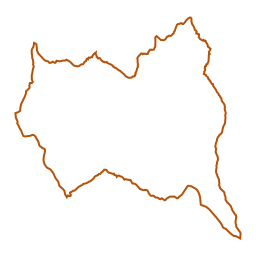 Olmedo, Loja, Ecuador (Equal Earth projection)
{"feature_id": "8360857B52842084274578", "entity_name": "Olmedo", "entity_type": "district", "adm_level": 2, "iso_a3": "ECU", "parent_name": "Ecuador", "parent_adm1": "Loja", "projection": "equal_earth", "projection_center": [-79.604, -3.94], "detail": "fine", "context": "isolated", "style": "outline", "palette": "amber", "viewbox_px": 256, "rotation_deg": 0, "n_neighbors": 0, "source": "geoboundaries", "source_scale": "gbopen_adm2", "svg_char_len": 5708}
<svg xmlns="http://www.w3.org/2000/svg" viewBox="0 0 256 256"><path d="M190.7,17.6L189.5,17.6L187.7,18.9L186.2,20.4L185.4,21.7L183.3,24.0L182.6,24.1L181.2,23.1L179.0,24.0L177.8,24.1L177.0,24.7L175.5,28.6L174.9,30.7L173.9,32.1L173.5,33.6L172.7,34.0L171.4,35.5L170.5,35.9L169.1,35.7L167.9,36.5L167.0,36.7L166.0,38.6L164.7,39.8L163.7,40.2L161.0,40.0L156.5,36.1L155.3,37.4L155.4,42.8L155.2,46.8L154.9,47.5L154.5,47.9L153.8,49.6L151.6,49.9L151.1,49.6L150.0,49.8L148.4,52.0L147.7,54.0L146.6,54.1L145.3,53.6L144.3,53.9L143.6,53.6L142.7,54.2L141.7,53.5L141.0,53.6L138.3,56.5L137.5,57.9L137.3,58.4L137.6,59.6L137.6,62.4L138.0,64.1L137.7,65.4L138.0,66.6L136.9,68.9L136.6,70.9L135.6,72.7L135.5,73.3L135.7,74.0L135.2,74.3L135.1,75.5L134.6,75.7L134.4,76.3L133.6,76.4L133.1,76.7L132.6,76.6L131.9,77.4L131.4,77.6L129.8,77.8L128.2,77.6L126.0,76.5L124.9,75.3L124.3,74.4L123.8,74.2L120.3,71.0L119.0,70.4L115.6,67.8L114.2,67.5L113.6,66.5L113.1,66.5L112.6,65.7L111.6,64.8L107.2,62.9L106.8,62.0L105.3,62.4L104.8,62.3L104.2,61.8L103.2,61.9L102.4,60.9L101.7,60.7L101.2,60.2L100.0,58.3L99.3,58.1L98.8,58.4L97.7,58.3L97.4,57.1L96.7,56.8L96.4,55.3L95.6,54.1L95.8,52.5L93.9,53.9L92.4,56.1L92.1,57.2L91.2,57.1L89.9,57.9L88.7,57.5L88.2,58.0L88.0,59.2L87.2,58.8L86.7,58.9L86.1,61.0L84.9,61.5L83.0,64.3L81.5,64.4L80.6,64.7L79.5,65.8L78.0,66.3L77.0,66.4L76.1,66.0L74.5,65.8L73.7,65.4L70.7,62.4L68.7,60.8L67.6,60.5L66.5,59.7L65.2,60.5L63.2,60.5L60.4,61.3L59.3,61.3L56.7,60.7L56.5,60.9L55.8,62.3L55.0,62.9L52.7,61.7L50.7,62.8L49.4,62.9L48.2,61.4L46.5,61.1L45.3,60.6L43.8,59.4L38.4,53.6L37.0,50.7L36.5,44.5L35.6,43.6L34.1,42.9L33.5,46.5L31.9,49.4L31.7,50.2L31.8,53.6L32.2,56.3L32.2,57.8L32.9,59.8L33.3,62.2L33.1,64.6L33.7,66.4L33.6,67.3L32.9,69.1L32.1,74.2L31.7,75.5L31.9,78.2L31.7,78.6L31.7,79.0L32.8,82.1L31.8,83.0L30.0,83.0L29.7,83.4L29.7,84.7L29.2,85.7L29.5,86.7L29.6,87.8L27.4,90.1L26.1,91.2L26.0,93.2L24.8,96.6L21.3,103.7L20.4,107.2L20.2,110.6L19.7,111.2L17.8,112.3L15.4,113.1L15.9,117.8L17.6,121.5L17.6,122.1L17.2,123.4L18.4,125.3L20.0,128.8L21.1,130.4L22.0,133.1L23.1,135.5L23.5,136.0L24.3,136.4L26.6,136.3L30.5,135.7L32.3,134.9L33.7,135.1L35.1,136.1L36.1,137.7L36.4,138.6L38.3,141.4L39.2,145.0L39.6,145.8L40.2,146.4L41.3,147.0L42.2,148.0L44.0,148.6L44.7,149.2L45.0,150.2L44.9,151.8L44.0,155.8L43.5,158.7L43.6,161.2L44.7,164.5L46.4,167.0L47.3,167.8L50.2,169.3L52.5,172.0L53.6,173.8L54.9,176.9L56.0,178.8L57.9,181.1L58.4,182.0L58.9,184.3L59.6,186.2L62.5,188.6L64.3,190.6L64.5,191.3L65.1,194.3L66.8,197.1L67.5,195.7L67.9,195.5L68.7,196.0L69.7,196.1L70.6,195.8L70.8,195.5L70.8,194.7L70.1,193.7L69.9,193.0L70.2,192.4L71.6,191.9L72.7,190.9L74.8,190.5L78.7,186.8L80.7,185.7L82.1,185.1L83.2,184.0L86.7,183.1L89.1,181.6L90.1,181.4L93.3,178.8L94.4,177.1L95.8,175.9L96.4,175.9L97.5,175.0L98.1,175.1L98.5,174.4L99.0,174.0L100.1,173.9L100.6,173.6L101.4,172.4L102.5,171.8L103.3,170.6L103.9,170.2L104.2,169.7L106.2,169.8L106.8,170.4L107.5,171.6L109.0,172.8L109.7,172.8L112.3,173.7L114.0,173.8L113.9,174.5L114.6,175.1L116.1,175.3L116.6,176.0L116.8,176.8L117.9,175.7L119.2,175.6L120.3,176.4L121.6,176.7L123.3,178.0L124.0,179.3L124.5,179.7L125.4,179.2L125.9,179.2L128.1,179.8L128.7,179.7L129.8,180.3L130.4,180.0L130.9,180.5L131.2,181.3L132.5,183.5L133.5,183.4L135.8,184.3L138.5,187.1L140.0,189.1L141.2,189.3L142.9,190.1L146.1,189.9L146.9,190.2L148.1,191.5L148.7,193.1L150.1,195.1L150.7,195.6L151.8,195.9L152.9,195.6L153.4,195.7L154.2,196.1L154.9,197.1L155.5,197.4L157.7,197.6L159.7,199.1L160.4,199.2L161.6,198.3L164.7,200.3L165.3,200.1L167.0,198.3L169.8,196.8L170.8,196.5L172.2,196.7L174.3,196.5L177.1,198.4L177.8,198.1L178.9,197.0L181.9,194.7L187.3,186.5L187.9,185.9L188.7,185.7L191.7,186.5L196.1,189.0L197.0,189.8L198.7,192.8L199.7,195.8L200.2,198.2L200.7,204.3L200.9,204.8L206.0,206.8L208.9,208.9L216.2,217.3L220.5,222.7L221.5,224.2L223.0,227.3L223.5,227.8L225.8,228.9L229.8,232.8L233.0,235.4L234.2,236.0L235.8,236.1L240.2,238.4L240.6,234.0L240.3,232.5L236.5,227.2L236.2,226.4L236.3,225.3L235.7,223.9L235.5,221.2L236.2,217.9L236.0,215.2L235.4,214.8L234.1,213.0L232.2,210.0L231.8,208.5L230.5,205.6L227.8,202.8L227.2,202.6L226.6,201.3L225.7,200.2L225.5,199.4L225.6,197.3L224.7,194.9L224.4,192.6L223.9,191.9L220.7,188.9L220.2,188.2L219.1,185.2L219.4,183.4L219.1,181.8L219.0,179.5L217.4,176.1L217.1,174.6L216.7,174.1L216.1,172.2L216.1,169.8L216.6,167.6L216.4,166.2L216.4,165.5L217.0,163.8L216.9,163.1L217.1,162.1L218.0,159.9L217.6,156.5L216.6,154.5L215.7,152.1L216.1,148.5L215.3,146.8L215.8,143.7L216.8,140.9L217.2,138.7L217.9,137.1L218.7,136.3L219.4,135.0L220.5,134.2L222.1,132.3L222.5,129.4L222.8,128.6L223.2,126.8L225.0,123.3L225.5,117.5L225.2,115.2L225.8,113.2L225.0,110.2L224.7,109.5L224.7,108.2L225.0,107.6L225.0,107.1L224.7,106.6L224.7,105.2L223.8,103.6L221.9,101.1L221.6,100.4L221.5,99.0L221.3,98.3L220.9,97.7L220.4,97.5L220.0,96.1L218.9,95.2L218.5,93.9L216.8,91.8L216.0,89.9L213.4,86.2L213.1,85.6L213.0,84.2L211.6,83.7L211.1,82.5L210.7,82.2L210.5,81.2L209.5,80.6L209.3,79.5L208.4,79.0L207.9,77.3L206.2,75.9L206.0,75.0L203.8,74.1L203.8,73.8L204.4,72.7L204.2,71.6L204.7,71.1L205.2,70.2L205.2,69.5L204.7,68.4L205.0,67.5L204.9,66.5L205.2,66.3L205.7,66.4L206.0,66.2L206.1,65.1L206.3,64.4L206.8,64.1L207.4,64.2L207.7,63.1L208.6,61.2L208.6,58.7L208.8,57.8L208.7,55.7L209.1,54.7L209.0,53.9L209.6,53.8L209.0,52.8L208.9,52.1L210.3,49.7L210.5,48.7L209.5,48.1L209.1,47.3L207.9,46.7L207.6,44.9L207.1,43.7L206.1,42.4L205.6,40.8L204.9,40.5L204.1,41.0L203.4,39.9L202.6,40.5L201.8,40.2L201.1,39.5L200.3,39.2L198.7,37.3L199.0,35.6L199.0,34.7L198.8,34.1L198.5,33.9L197.7,34.0L196.9,33.4L196.3,33.5L196.2,33.2L196.7,32.0L196.6,31.3L196.1,30.8L195.0,30.1L193.9,26.9L192.0,23.8L191.4,21.2L191.5,18.8L190.7,17.6Z" fill="none" stroke="#b45309" stroke-width="2"/></svg>